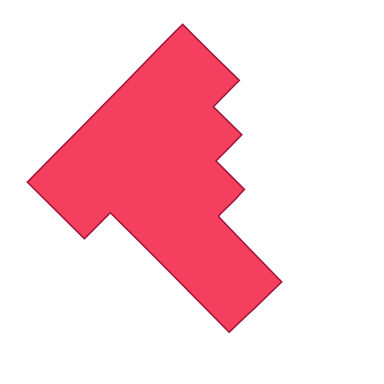 the district of Will, Illinois, United States of America, rotated 46°
{"feature_id": "52423323B88111597470225", "entity_name": "Will", "entity_type": "district", "adm_level": 2, "iso_a3": "USA", "parent_name": "United States of America", "parent_adm1": "Illinois", "projection": "robinson", "projection_center": [-87.929, 41.465], "detail": "fine", "context": "isolated", "style": "filled", "palette": "rose", "viewbox_px": 384, "rotation_deg": 46, "n_neighbors": 0, "source": "geoboundaries", "source_scale": "gbopen_adm2", "svg_char_len": 733}
<svg xmlns="http://www.w3.org/2000/svg" viewBox="0 0 384 384"><g transform="rotate(46 192 192)"><path d="M67.8,192.9L67.8,193.0L68.3,211.5L68.8,229.9L69.5,266.8L70.5,303.6L150.9,301.9L150.2,265.1L169.5,264.8L190.5,264.3L229.5,263.7L318.7,262.7L318.8,238.3L319.1,227.7L319.0,204.5L319.0,196.9L319.0,189.9L307.8,190.0L301.2,190.0L274.9,190.1L274.6,190.1L259.2,190.1L228.5,190.0L227.5,187.6L227.5,177.7L227.4,165.4L226.8,158.8L226.6,152.5L219.9,152.6L186.3,153.2L186.0,134.8L185.4,116.4L145.5,117.4L145.2,105.4L145.0,98.9L144.8,90.5L144.6,80.4L133.2,80.7L114.6,81.3L103.9,81.6L86.0,81.9L83.9,82.0L64.9,82.2L65.0,94.4L65.6,119.6L66.2,137.7L66.8,156.1L67.2,168.5L67.8,192.9Z" fill="#f43f5e" stroke="#9f1239" stroke-width="1.5"/></g></svg>